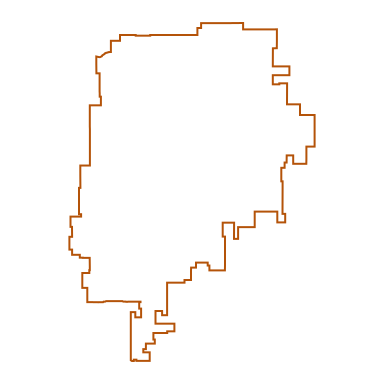 outline of Murchison, Western Australia, Australia
{"feature_id": "25037944B75354234976201", "entity_name": "Murchison", "entity_type": "district", "adm_level": 2, "iso_a3": "AUS", "parent_name": "Australia", "parent_adm1": "Western Australia", "projection": "robinson", "projection_center": [116.097, -27.009], "detail": "fine", "context": "isolated", "style": "outline", "palette": "amber", "viewbox_px": 384, "rotation_deg": 0, "n_neighbors": 0, "source": "geoboundaries", "source_scale": "gbopen_adm2", "svg_char_len": 4132}
<svg xmlns="http://www.w3.org/2000/svg" viewBox="0 0 384 384"><path d="M314.6,146.6L314.6,139.5L314.6,135.9L314.6,115.0L307.6,115.0L306.6,115.0L300.0,115.0L300.0,109.4L300.0,104.3L295.0,104.3L287.0,104.3L287.1,83.3L284.2,83.3L281.2,83.3L279.7,83.3L279.3,83.3L279.3,84.3L276.3,84.3L272.8,84.3L272.8,75.2L279.8,75.2L289.4,75.2L289.4,66.4L288.9,66.4L280.9,66.4L280.0,66.4L276.2,66.4L275.7,66.4L274.8,66.4L274.4,66.4L274.0,66.4L272.8,66.4L272.9,48.3L276.8,48.2L276.9,41.0L276.9,40.7L276.9,38.6L276.9,38.3L276.9,36.6L276.9,30.4L276.9,30.2L276.9,29.3L274.4,29.4L272.4,29.4L271.2,29.4L265.5,29.4L252.3,29.4L243.1,29.4L243.1,23.0L231.3,23.1L221.3,23.1L218.9,23.1L217.0,23.1L215.5,23.1L213.1,23.1L201.1,23.1L201.1,28.0L197.4,28.0L197.4,35.0L192.4,35.0L189.9,35.0L182.8,35.0L174.8,35.0L167.2,35.0L163.7,35.0L161.7,35.0L159.2,35.0L157.2,35.0L155.2,35.0L152.8,35.0L150.2,35.0L150.2,35.7L149.1,35.7L148.7,35.7L147.0,35.7L145.0,35.7L135.7,35.7L135.7,35.0L130.7,35.0L125.9,35.0L120.0,35.0L120.0,40.8L110.9,40.8L110.9,52.0L110.7,52.0L109.1,52.1L108.4,52.1L107.8,52.5L107.2,52.5L106.5,52.9L105.8,52.9L105.1,53.2L104.5,54.1L104.0,54.2L103.5,54.7L103.1,54.9L102.5,55.2L102.2,55.5L101.8,56.1L101.8,56.3L101.3,56.5L101.1,56.6L100.9,56.7L100.4,57.0L100.0,57.1L99.8,57.1L99.0,57.1L96.3,56.5L96.3,64.0L96.4,72.5L96.4,73.3L99.6,73.3L99.6,75.2L99.6,75.7L99.6,76.7L99.6,77.3L99.6,78.9L99.6,79.4L99.6,83.1L99.6,83.6L99.6,87.3L99.6,87.9L99.6,88.9L99.6,89.5L99.6,91.1L99.6,91.6L99.7,93.2L99.7,93.7L99.7,95.2L99.7,95.7L99.7,96.7L100.1,96.7L100.9,96.7L100.9,97.2L100.9,105.3L99.4,105.3L98.9,105.3L89.8,105.3L89.8,105.8L89.8,106.3L89.8,107.9L89.8,108.4L89.8,109.9L89.8,110.4L89.8,112.5L89.8,113.5L89.8,114.0L89.8,118.1L89.8,119.1L89.8,121.8L89.8,122.8L89.8,125.5L89.8,126.5L89.9,129.1L89.9,130.2L89.9,132.8L89.9,133.9L89.9,136.5L89.9,137.6L89.9,139.2L89.9,140.2L89.9,142.8L89.9,143.4L89.9,148.3L89.9,165.5L80.3,165.5L80.3,175.8L80.4,187.9L79.0,187.9L79.0,214.2L81.1,214.2L81.1,216.6L70.5,216.6L70.5,226.9L72.0,226.9L72.1,236.8L69.4,236.8L69.4,249.6L70.7,249.6L72.1,249.6L72.1,252.2L72.1,254.8L73.9,254.8L76.1,254.8L77.6,254.8L79.8,254.8L79.8,257.7L82.8,257.7L82.8,257.9L89.2,257.9L89.7,257.9L89.8,266.4L89.8,270.1L89.3,270.1L89.3,273.0L82.3,273.0L82.3,287.7L82.3,287.9L83.7,287.9L85.2,287.9L87.3,287.9L87.3,291.7L87.3,291.8L87.3,300.0L87.3,300.6L87.3,302.1L87.9,302.1L90.8,302.1L91.7,302.1L92.7,302.1L93.2,302.2L94.6,302.2L96.0,302.2L97.5,302.2L98.2,302.3L98.4,302.2L99.8,302.2L100.7,302.2L103.1,302.2L103.5,301.7L104.6,301.7L105.0,301.7L105.8,301.3L106.1,301.1L106.6,301.1L107.4,301.1L107.8,301.1L109.6,301.1L110.5,301.1L110.9,301.1L111.1,301.1L112.1,301.1L113.6,301.1L115.1,301.1L116.0,301.1L116.9,301.1L117.0,301.1L119.0,301.1L119.5,301.1L120.0,301.1L122.4,301.1L123.2,301.6L124.1,301.6L125.8,301.6L126.0,301.8L127.3,301.8L127.7,301.8L127.9,301.7L129.9,301.7L130.8,301.7L132.8,301.7L133.3,301.7L134.4,301.7L134.9,301.7L137.4,301.7L139.5,301.7L140.5,301.7L140.5,302.1L139.2,302.1L139.2,308.6L141.1,308.6L141.1,317.3L135.3,317.3L135.3,312.1L133.5,312.1L130.8,312.1L130.8,360.3L131.8,360.9L131.9,361.0L132.8,361.0L133.8,361.0L133.8,359.7L136.4,359.7L136.4,360.9L149.7,360.9L149.7,352.3L143.3,352.3L143.3,349.1L145.9,349.1L145.9,343.6L154.8,343.6L154.8,339.5L153.4,339.5L153.4,333.0L167.2,333.0L167.2,331.3L174.4,331.3L174.4,323.7L155.5,323.7L155.5,316.2L155.5,311.0L162.1,311.0L162.1,315.2L167.1,315.2L167.1,293.4L167.1,282.7L184.5,282.7L184.5,280.0L191.0,280.0L191.0,270.7L191.1,267.6L196.0,267.6L196.0,262.6L201.7,262.6L207.7,262.6L207.7,265.5L209.4,265.5L209.4,270.4L215.2,270.4L224.5,270.4L224.9,270.4L225.0,265.5L225.0,242.6L225.0,239.0L225.0,238.6L225.0,236.6L222.7,236.6L222.7,222.7L234.1,222.7L234.0,238.9L238.1,238.9L238.1,227.1L254.7,227.1L254.7,211.6L277.3,211.6L277.3,222.4L280.5,222.4L285.2,222.4L285.2,220.0L285.2,214.8L285.2,213.9L284.3,213.9L282.5,213.9L282.6,187.3L282.6,186.8L282.6,181.3L281.3,181.3L281.3,167.8L284.6,167.8L284.6,164.0L284.6,162.5L286.6,162.5L286.7,155.4L286.8,155.4L287.1,155.4L291.8,155.4L292.8,155.4L293.2,155.4L293.2,163.8L306.3,163.8L306.4,159.2L306.4,146.6L314.6,146.6Z" fill="none" stroke="#b45309" stroke-width="2"/></svg>